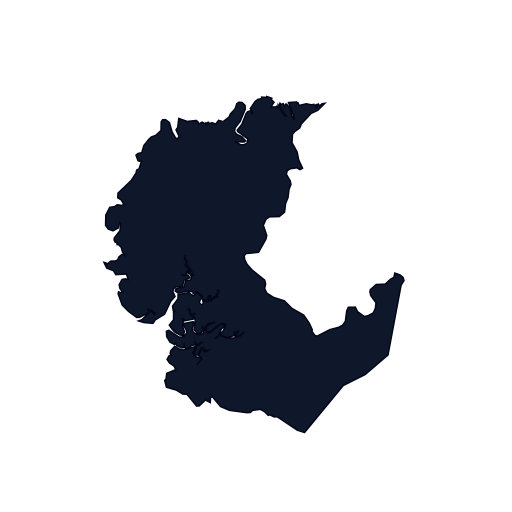 the district of Alianza, Valle, Honduras, rotated 136°
{"feature_id": "27666195B71822643652972", "entity_name": "Alianza", "entity_type": "district", "adm_level": 2, "iso_a3": "HND", "parent_name": "Honduras", "parent_adm1": "Valle", "projection": "albers", "projection_center": [-87.707, 13.447], "detail": "fine", "context": "isolated", "style": "filled", "palette": "ink", "viewbox_px": 512, "rotation_deg": 136, "n_neighbors": 0, "source": "geoboundaries", "source_scale": "gbopen_adm2", "svg_char_len": 6168}
<svg xmlns="http://www.w3.org/2000/svg" viewBox="0 0 512 512"><g transform="rotate(136 256 256)"><path d="M401.1,187.6L392.4,187.5L390.7,182.3L387.4,185.5L385.1,185.7L386.1,172.3L382.3,163.4L371.4,149.6L368.7,147.3L365.8,147.4L359.4,142.7L358.0,138.2L357.9,132.9L356.3,132.0L354.9,127.9L352.4,125.5L347.3,102.0L343.7,95.3L283.2,102.2L259.8,94.9L229.8,93.1L171.9,134.2L166.6,135.5L165.1,138.5L165.5,142.3L168.0,147.3L171.6,144.9L175.5,145.9L182.6,146.0L189.3,152.0L197.0,152.4L198.8,151.3L200.9,148.0L202.2,139.0L206.3,135.6L211.1,133.6L216.9,135.2L220.1,137.3L221.6,145.5L220.1,150.2L225.2,155.0L228.9,153.5L237.0,147.0L241.7,146.1L246.1,147.3L253.9,151.7L267.7,155.9L268.8,158.0L268.2,162.7L266.7,164.0L264.4,170.4L262.7,180.3L266.5,193.2L266.7,204.0L272.1,214.0L274.0,221.8L272.4,226.6L268.6,229.1L266.5,232.6L268.5,248.3L268.2,256.2L266.6,261.2L264.4,264.3L261.7,264.8L251.6,256.9L237.2,261.2L234.0,263.3L229.4,273.0L223.3,275.5L219.1,274.8L211.9,268.2L205.0,267.7L198.1,273.3L192.3,275.8L186.1,280.9L181.0,283.3L179.2,286.3L177.4,293.7L174.4,295.6L171.0,295.1L165.4,291.1L164.3,287.5L161.5,286.8L158.6,295.3L154.1,302.4L151.4,312.5L145.3,318.1L141.6,318.6L135.7,317.7L131.5,319.5L117.3,320.3L110.4,317.9L100.4,318.0L102.7,319.6L106.0,319.9L105.6,321.8L110.2,320.6L107.1,322.8L109.7,323.9L109.0,324.9L111.0,326.1L114.1,330.6L120.4,334.3L119.4,336.8L119.9,338.7L126.0,343.8L131.2,331.2L134.1,326.9L132.9,331.7L129.1,338.6L128.4,344.0L129.2,344.7L131.9,343.7L130.6,346.7L132.8,347.7L132.6,349.2L134.1,348.4L136.3,342.8L137.0,334.8L137.8,337.0L137.5,341.2L135.2,349.2L136.9,347.8L137.2,349.4L138.2,349.4L141.6,352.9L136.2,354.1L136.4,357.5L135.0,358.5L137.5,363.4L138.5,363.0L141.6,366.4L142.4,365.2L145.8,367.4L149.3,367.8L157.7,366.0L158.7,362.2L160.2,360.1L159.2,364.3L161.7,365.6L164.0,365.4L174.8,360.5L182.1,359.6L182.7,358.3L180.6,345.8L184.2,343.4L187.4,344.5L189.6,346.5L191.8,353.0L185.5,346.3L183.5,346.0L183.3,351.4L185.4,357.3L184.8,360.7L181.9,362.7L173.9,363.8L161.8,369.0L159.2,372.0L159.4,376.1L161.4,378.5L164.0,378.9L168.7,376.4L175.8,376.0L178.9,374.7L186.3,375.5L188.7,379.6L193.4,378.9L194.9,382.3L197.3,383.6L197.5,385.5L200.3,385.5L199.6,386.5L201.0,387.2L201.7,389.7L205.5,390.8L204.6,392.6L204.8,395.0L212.0,400.6L216.0,408.6L223.0,402.9L225.9,402.3L228.2,395.5L231.1,394.9L231.9,396.6L230.1,403.7L225.6,412.1L226.3,416.8L228.5,418.9L231.1,418.3L237.1,412.3L244.3,412.4L248.5,414.3L252.2,414.4L259.9,413.4L266.4,409.7L269.8,411.8L272.3,411.9L274.7,406.4L272.9,403.5L279.6,400.0L282.2,400.7L284.7,399.0L293.4,397.0L311.6,397.1L315.0,393.9L314.0,389.9L315.3,384.8L317.5,385.7L320.2,389.3L323.4,389.7L327.4,392.6L335.6,389.8L342.9,382.6L343.6,378.0L341.4,373.5L335.6,371.8L330.7,374.8L330.6,373.2L336.4,368.7L345.4,367.4L346.9,366.2L347.7,363.8L346.8,362.5L348.0,360.6L347.0,360.0L346.9,355.9L349.5,351.1L349.4,346.4L351.4,350.3L355.2,350.6L358.2,349.3L360.6,350.1L363.9,353.1L369.8,353.9L368.7,355.2L369.8,357.0L371.8,351.0L368.7,344.3L369.8,340.0L361.7,333.0L364.3,327.8L365.9,330.4L368.7,332.2L374.4,330.4L376.4,327.3L377.2,322.8L379.0,323.7L379.7,325.7L381.4,324.7L386.3,313.7L386.2,304.9L384.6,294.8L382.3,292.7L374.4,290.3L371.5,290.2L370.9,292.4L368.5,289.1L369.0,285.6L368.2,284.7L369.7,284.6L369.4,288.3L370.4,289.6L382.2,289.4L385.6,290.9L382.9,286.0L376.9,279.1L372.7,280.0L362.2,277.6L349.1,282.6L342.4,283.1L340.4,288.4L337.9,289.6L335.5,289.6L329.9,285.2L324.6,288.7L318.6,286.2L318.2,289.8L321.9,292.1L322.6,294.7L321.1,292.4L319.0,291.4L316.6,293.1L313.8,292.1L313.1,299.2L310.8,299.1L309.1,304.3L306.0,305.5L308.2,304.2L309.7,299.5L312.1,297.4L312.5,291.6L316.9,291.8L316.9,290.5L313.0,289.4L314.4,286.3L313.3,284.9L315.0,285.9L314.5,289.5L316.1,289.0L316.9,285.6L318.4,284.4L320.6,284.6L323.6,287.2L329.4,283.5L336.4,288.0L338.5,286.9L337.8,283.6L330.1,278.7L326.2,274.0L327.3,272.8L323.1,271.3L322.2,264.5L324.6,262.4L322.6,257.9L317.7,260.4L316.0,258.7L318.8,255.3L314.3,255.7L312.1,254.3L310.9,256.2L308.2,256.1L307.7,257.9L305.8,257.8L307.4,257.2L307.3,255.6L310.5,255.6L312.2,253.1L314.9,254.8L319.6,254.6L319.8,255.8L317.6,257.6L317.3,259.2L319.1,259.0L321.9,256.1L325.3,260.8L326.9,258.5L328.7,258.4L329.4,260.2L328.7,262.2L323.0,264.7L324.1,270.7L329.1,271.1L329.7,276.3L338.9,282.4L341.7,279.5L350.9,277.9L353.6,274.0L352.6,272.5L354.4,272.8L359.5,267.5L366.4,266.5L367.2,261.7L367.3,258.0L365.7,252.2L364.2,250.2L362.5,249.7L359.9,251.5L357.6,256.6L353.8,259.4L352.6,262.2L351.2,260.9L352.7,259.2L344.0,253.6L343.9,260.1L341.8,263.0L341.8,264.9L341.0,264.5L340.6,263.5L342.6,261.4L343.0,258.7L339.2,256.7L342.4,257.3L342.9,254.4L345.0,251.1L351.9,246.0L351.6,240.8L350.4,239.0L347.7,239.0L344.6,240.9L343.1,243.5L343.7,241.1L343.0,239.6L338.1,240.9L332.6,237.8L332.2,237.2L339.8,239.8L343.2,237.6L343.7,235.5L341.6,233.2L332.1,232.6L326.6,230.7L325.3,227.6L331.6,224.9L335.7,225.1L335.4,221.2L332.9,217.2L327.4,214.1L325.5,214.5L324.3,217.4L324.1,214.8L319.9,214.5L322.1,213.5L326.5,213.8L326.9,212.5L321.6,210.0L316.7,209.2L322.4,209.3L328.3,211.9L334.2,217.3L337.1,224.2L343.1,225.1L337.3,224.9L331.7,227.6L327.1,227.3L326.3,228.5L327.5,230.4L329.7,231.5L343.3,233.0L344.8,235.2L343.8,238.5L344.4,239.5L347.9,236.8L351.4,238.8L353.6,242.5L354.0,245.7L352.5,248.0L346.5,251.4L346.8,252.4L354.5,257.4L356.2,256.3L357.5,251.3L359.3,248.8L362.7,248.3L365.8,249.2L367.8,251.4L370.3,263.1L372.7,264.1L376.3,260.0L377.7,253.8L376.1,248.9L374.3,248.9L375.3,246.7L373.5,242.0L371.7,240.1L369.3,242.0L370.8,238.4L368.8,236.4L364.7,236.4L361.5,234.4L359.1,237.6L360.6,233.2L355.6,232.0L354.1,230.7L356.0,231.6L359.9,231.5L361.8,233.5L363.5,230.5L367.9,229.3L369.0,227.1L366.6,225.3L362.1,227.1L358.2,227.3L357.2,226.0L358.2,223.2L355.4,221.0L358.0,221.4L359.8,223.1L358.8,226.2L360.6,226.7L366.6,224.1L365.7,221.1L367.2,219.2L374.4,218.9L366.6,220.1L369.6,226.2L369.5,228.7L368.6,230.2L363.9,232.0L363.5,233.5L373.4,238.7L375.6,241.9L377.3,247.5L383.2,247.1L385.4,245.6L386.1,242.5L386.3,244.0L388.0,244.6L391.8,243.4L392.6,239.0L391.4,234.0L392.6,230.0L401.7,233.6L406.1,230.1L408.2,229.8L411.6,223.8L406.5,214.9L404.6,207.6L401.7,204.5L403.0,189.4L401.1,187.6Z" fill="#0f172a" stroke="#020617" stroke-width="1.5"/></g></svg>